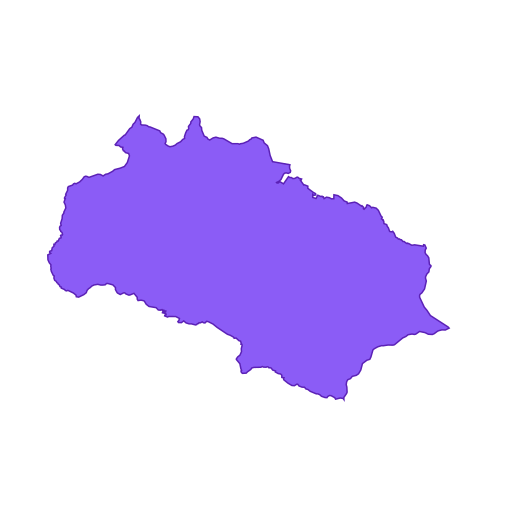 the district of Juchipila, Zacatecas, Mexico, rotated 12°
{"feature_id": "50627088B56819749517987", "entity_name": "Juchipila", "entity_type": "district", "adm_level": 2, "iso_a3": "MEX", "parent_name": "Mexico", "parent_adm1": "Zacatecas", "projection": "orthographic", "projection_center": [-103.133, 21.378], "detail": "fine", "context": "isolated", "style": "filled", "palette": "violet", "viewbox_px": 512, "rotation_deg": 12, "n_neighbors": 0, "source": "geoboundaries", "source_scale": "gbopen_adm2", "svg_char_len": 6072}
<svg xmlns="http://www.w3.org/2000/svg" viewBox="0 0 512 512"><g transform="rotate(12 256 256)"><path d="M95.1,176.4L95.9,176.9L99.1,176.4L100.9,177.5L103.2,177.4L103.2,179.0L104.5,180.7L105.3,180.7L106.8,182.0L110.1,182.2L111.4,184.4L110.7,191.3L108.7,195.8L104.9,198.3L99.7,200.9L98.1,203.0L94.1,206.4L91.9,207.3L89.8,209.5L86.8,208.6L84.3,208.9L76.3,213.8L73.9,213.3L72.7,213.4L71.5,214.2L70.2,217.1L68.1,220.2L65.0,222.8L63.6,222.6L62.5,223.4L61.8,224.8L58.0,227.1L57.6,228.6L58.1,230.9L57.0,235.2L57.6,235.8L56.6,238.9L56.8,239.6L57.5,239.6L57.0,243.2L58.9,245.7L60.0,248.6L58.9,253.1L59.2,253.8L58.1,256.4L58.6,259.8L58.1,264.6L59.1,266.7L58.2,267.5L57.9,268.7L58.5,271.0L59.7,271.9L59.9,272.6L61.4,273.3L62.3,275.2L62.2,275.7L60.9,276.1L60.6,276.7L61.3,277.6L61.5,278.8L60.0,279.6L59.4,282.5L58.4,282.7L58.2,283.8L57.0,285.0L56.8,286.6L55.9,286.6L56.3,288.6L55.0,290.2L55.0,293.3L53.5,294.0L53.2,294.7L53.4,295.4L54.7,296.1L52.1,298.2L53.3,303.0L55.2,305.6L57.2,307.2L57.5,309.1L58.2,310.6L58.0,311.4L59.0,313.6L61.8,317.2L62.8,317.5L62.9,319.6L64.1,321.6L65.9,322.4L66.8,323.5L67.8,323.8L68.3,324.6L69.4,325.0L70.7,326.7L72.0,326.9L72.2,327.9L75.7,328.6L76.7,329.4L77.9,329.5L79.1,328.8L80.0,328.9L85.2,330.2L88.1,331.7L88.7,333.2L91.1,333.1L95.6,329.6L97.6,327.2L97.9,324.8L99.0,322.8L100.4,321.4L101.6,319.6L103.6,318.0L107.1,316.6L110.3,316.7L112.1,316.3L114.5,315.5L115.5,314.0L116.8,313.7L122.0,314.0L125.1,316.1L125.5,318.1L127.4,320.3L128.2,321.0L131.2,321.9L134.3,319.5L135.2,319.3L136.4,320.1L139.6,320.7L140.7,320.4L144.4,317.9L148.4,321.1L148.8,322.9L149.9,324.1L152.7,323.1L155.3,323.1L156.2,323.4L158.6,326.0L161.8,327.6L169.1,327.3L171.6,329.1L173.8,328.9L174.4,328.2L175.8,328.7L176.0,328.2L176.5,328.7L177.2,328.2L177.8,328.8L179.2,328.6L179.2,329.3L178.1,329.1L177.8,330.0L176.5,329.9L176.2,330.6L176.3,331.0L179.4,331.0L180.2,331.6L180.2,332.2L179.1,332.8L179.1,333.6L182.2,334.1L183.2,333.3L190.1,331.9L194.1,333.0L194.0,335.0L193.2,336.4L194.0,337.2L196.9,336.7L198.8,334.5L201.5,336.0L202.8,336.1L204.6,336.3L206.9,335.8L211.2,336.0L212.3,335.4L212.7,334.4L213.9,334.0L214.1,333.1L215.6,332.9L217.1,331.6L218.4,332.2L220.0,332.1L221.4,330.1L223.2,330.2L228.1,331.5L232.8,333.9L244.3,338.5L247.3,338.9L250.2,339.8L251.3,340.3L251.7,341.0L253.6,340.4L257.0,342.4L258.6,342.5L259.6,344.3L259.6,345.4L260.5,345.3L261.0,346.4L260.9,349.8L261.7,352.6L260.9,356.3L259.1,358.5L258.2,360.6L258.3,361.3L262.6,364.7L264.6,369.3L265.7,370.9L265.2,371.6L266.0,373.0L267.2,373.6L270.8,372.6L271.7,371.1L274.4,368.2L275.2,366.4L277.1,365.4L283.9,363.8L285.1,362.8L286.4,363.1L289.0,362.7L289.9,362.0L290.9,362.0L292.0,362.7L292.9,362.3L294.2,362.5L296.0,364.1L299.0,364.4L299.0,365.4L302.2,366.4L304.6,366.3L306.0,367.2L306.5,369.4L308.7,369.3L308.4,370.3L308.9,371.3L313.6,373.7L318.0,375.2L320.5,374.9L322.7,372.8L323.5,372.8L325.1,374.2L328.2,374.7L330.8,374.3L332.3,375.6L334.6,375.8L337.2,377.1L343.6,378.3L345.1,378.0L347.2,378.4L349.2,379.6L353.0,380.1L354.9,379.8L355.4,378.5L356.8,377.2L358.5,377.0L362.5,378.2L363.6,379.5L367.9,377.4L370.8,377.2L371.8,378.1L371.3,376.2L373.2,371.6L373.4,370.2L372.1,365.3L371.0,363.1L370.8,360.1L371.5,357.9L373.9,356.3L375.2,353.7L378.9,351.9L380.8,349.9L382.2,345.7L382.5,339.1L386.1,334.9L388.8,333.4L389.4,330.9L389.9,323.6L391.0,322.1L394.0,319.5L397.6,317.5L398.9,317.4L403.7,315.6L408.5,314.7L409.9,314.0L416.5,305.7L419.4,303.5L421.1,301.4L424.8,299.9L427.2,299.8L428.5,299.2L431.7,295.8L437.3,295.8L440.8,296.7L444.8,296.1L446.5,294.9L449.2,291.8L450.4,291.0L453.2,289.6L456.6,289.0L459.9,286.4L458.7,285.5L439.0,278.0L434.4,273.5L431.2,271.0L424.6,262.3L424.2,260.3L424.4,259.4L425.9,257.6L427.7,253.2L427.8,245.1L426.4,242.4L426.2,241.0L426.9,238.0L428.4,235.6L428.2,232.4L429.3,229.9L429.1,229.0L427.5,228.2L427.2,227.6L425.4,221.9L423.6,220.0L422.1,219.2L420.7,217.6L420.3,215.0L420.9,212.9L418.8,210.1L417.6,210.1L417.6,211.6L408.8,212.1L406.2,213.1L402.6,212.0L402.1,212.3L401.4,211.9L400.7,212.4L397.7,211.0L396.7,211.3L394.9,209.9L393.7,210.0L392.8,209.5L391.7,209.8L390.7,209.0L388.7,208.5L386.5,205.1L384.6,203.4L384.1,204.0L382.2,204.3L381.5,204.0L379.6,200.9L378.3,199.8L377.3,198.1L374.4,197.7L373.8,195.6L373.4,195.0L372.8,194.9L372.8,194.1L371.0,193.6L371.4,191.8L370.0,190.9L366.2,185.9L363.6,184.2L360.1,184.1L359.1,184.8L356.6,183.2L354.2,182.8L353.8,183.1L353.6,185.3L352.0,187.8L351.2,187.4L351.1,186.0L349.2,184.8L348.9,185.3L343.8,183.2L341.3,182.8L334.4,185.7L333.9,184.3L330.8,183.8L327.6,181.5L323.6,179.9L319.5,179.9L320.2,183.8L317.9,184.4L315.6,183.7L312.7,183.8L310.7,185.7L309.6,184.1L308.7,184.4L308.2,183.8L306.9,184.3L303.8,183.7L302.7,187.3L299.3,186.9L298.7,184.0L299.8,184.7L301.8,183.8L301.3,182.6L298.9,181.9L292.6,179.0L292.2,176.9L288.6,176.3L288.0,176.6L283.7,172.7L284.4,172.4L284.6,171.2L282.1,171.1L280.6,170.3L279.8,170.3L277.9,172.0L276.0,172.6L274.3,171.9L272.7,172.2L271.3,171.6L267.9,179.7L263.9,178.3L262.5,180.0L261.3,180.2L260.8,179.8L262.7,178.4L264.5,176.1L265.9,170.4L266.7,169.1L268.3,168.4L270.4,168.5L272.1,167.1L272.2,165.5L270.8,163.5L270.2,161.7L270.2,159.7L252.6,160.3L248.9,154.7L246.2,148.6L244.3,145.7L240.5,143.7L238.9,141.3L231.3,139.7L227.4,141.4L226.7,142.9L225.7,143.5L224.7,145.1L220.1,148.4L217.2,149.5L216.7,150.1L214.9,149.9L209.3,151.1L200.2,148.1L198.6,147.9L195.9,148.4L192.1,148.1L189.5,149.4L186.6,152.2L184.5,151.5L183.4,150.2L180.4,149.5L176.8,144.3L176.0,141.7L173.9,140.2L173.5,139.3L173.4,136.2L172.4,133.6L170.3,131.9L166.4,132.5L166.1,135.0L164.4,138.3L164.6,139.9L163.0,143.3L163.7,145.5L163.3,146.7L162.3,147.3L161.6,150.2L161.2,154.1L161.7,155.9L160.1,157.2L158.5,159.9L155.4,162.4L154.1,164.2L151.8,165.9L149.1,167.0L147.2,166.7L144.4,165.6L143.7,164.8L144.2,163.0L143.5,160.1L141.0,156.9L140.1,156.1L137.1,155.2L135.8,153.6L125.6,151.8L124.2,151.9L122.4,151.1L120.6,151.0L116.8,151.6L115.7,151.0L115.4,148.8L113.8,146.3L113.0,145.9L112.6,143.2L111.3,145.1L109.8,150.6L108.4,152.7L107.8,155.8L106.0,157.7L102.9,164.8L102.1,165.2L97.5,171.5L95.1,176.4Z" fill="#8b5cf6" stroke="#5b21b6" stroke-width="1.5"/></g></svg>